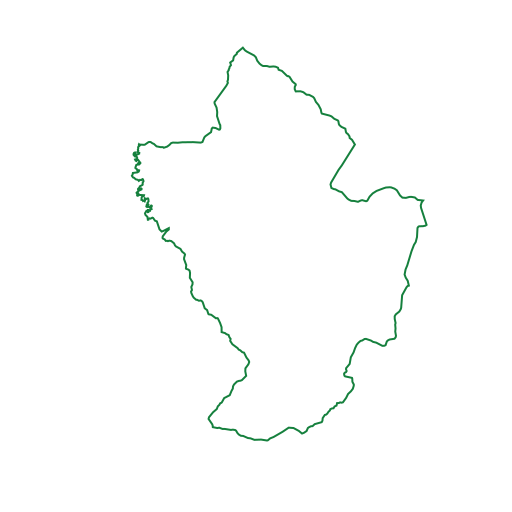 Picota, San Martín, Peru, rotated 41°
{"feature_id": "86281439B32206092239911", "entity_name": "Picota", "entity_type": "district", "adm_level": 2, "iso_a3": "PER", "parent_name": "Peru", "parent_adm1": "San Martín", "projection": "mercator", "projection_center": [-76.326, -6.941], "detail": "fine", "context": "isolated", "style": "outline", "palette": "green", "viewbox_px": 512, "rotation_deg": 41, "n_neighbors": 0, "source": "geoboundaries", "source_scale": "gbopen_adm2", "svg_char_len": 6124}
<svg xmlns="http://www.w3.org/2000/svg" viewBox="0 0 512 512"><g transform="rotate(41 256 256)"><path d="M335.7,413.5L339.7,411.2L340.9,409.7L344.2,408.5L345.9,407.0L351.2,403.7L352.5,402.2L354.5,401.0L355.6,400.9L358.2,401.8L360.2,402.0L362.5,401.6L364.4,400.2L369.3,398.7L371.5,397.2L375.4,395.8L380.3,391.2L385.4,388.0L385.9,387.2L386.3,384.4L388.0,381.1L391.4,371.2L393.3,364.1L397.2,361.2L403.1,359.9L407.2,359.8L408.2,357.9L409.0,354.9L408.0,351.8L408.3,350.5L409.2,348.4L410.3,347.3L410.6,344.4L414.6,338.3L414.2,336.7L412.7,334.6L412.2,330.8L413.0,329.7L413.2,328.2L412.9,326.0L413.1,324.1L412.6,322.8L413.4,321.1L414.4,320.1L414.0,318.0L414.9,316.1L413.7,313.8L415.0,312.6L415.5,311.3L416.8,310.6L417.6,309.4L417.1,303.9L416.0,299.7L416.4,295.9L416.2,292.7L414.9,289.8L414.1,288.8L411.3,287.7L409.2,285.5L408.4,285.0L402.2,288.4L401.2,288.3L399.8,287.2L399.5,285.9L400.1,284.7L400.0,283.7L399.8,283.3L398.2,282.4L397.6,281.5L397.5,276.0L394.0,270.2L392.9,264.8L391.2,260.5L390.2,256.8L390.2,254.1L390.6,251.5L391.6,250.1L392.4,247.4L393.4,246.4L398.2,244.4L400.7,244.0L403.6,242.5L410.3,240.9L411.7,239.6L412.3,238.3L410.8,234.7L410.9,233.2L411.6,231.4L414.8,227.6L414.7,225.7L414.0,224.4L410.7,221.7L408.8,219.1L406.1,216.5L405.3,215.0L402.0,212.5L400.2,210.5L399.8,208.4L400.6,203.9L400.1,201.1L399.5,199.8L392.0,189.7L390.1,180.8L390.1,179.2L390.8,178.1L386.8,175.2L383.2,174.1L380.3,172.5L377.7,168.0L376.3,163.8L370.3,150.5L367.9,143.9L367.4,140.7L365.1,136.1L359.5,128.9L359.3,127.4L359.6,126.6L362.6,123.8L364.0,121.9L364.3,120.6L349.0,111.4L347.2,109.8L345.9,107.0L345.7,104.5L341.2,107.6L337.5,107.6L334.4,109.5L333.0,110.8L331.0,113.8L328.2,115.9L325.0,115.8L319.2,114.0L316.4,114.3L312.9,115.6L311.6,116.6L309.1,119.1L307.9,121.1L304.3,127.8L303.0,132.2L302.8,136.7L303.7,141.1L303.5,142.0L302.9,142.6L299.5,144.2L298.6,145.5L297.4,148.2L294.2,149.9L291.7,151.9L288.9,152.6L287.2,152.7L278.9,151.5L276.3,152.7L272.2,153.6L270.9,154.4L268.3,155.2L265.3,153.1L264.5,151.3L261.8,136.8L261.3,131.2L257.5,107.0L252.2,105.3L249.3,105.5L248.1,104.4L245.6,103.7L243.6,103.8L242.5,103.4L239.9,101.3L235.8,102.5L233.1,102.5L231.9,102.0L229.7,100.2L228.8,100.0L225.1,101.1L221.4,101.1L219.3,101.8L212.3,105.3L211.4,105.0L208.6,102.8L204.0,101.0L200.1,100.4L196.4,98.7L194.7,98.5L190.4,99.5L188.3,101.1L184.4,101.3L183.3,101.7L181.4,102.6L178.0,105.7L175.8,104.7L174.9,103.7L174.2,102.7L173.8,100.8L173.2,100.3L169.1,100.4L163.8,98.8L162.4,99.0L161.8,99.6L160.9,99.7L154.1,99.3L150.9,100.6L149.1,99.5L146.6,100.3L144.8,101.5L142.1,104.3L139.7,105.4L136.6,108.0L135.0,108.4L132.5,108.5L128.8,107.8L125.5,106.1L123.0,105.9L114.8,107.8L112.7,108.0L109.4,107.4L108.2,115.1L108.9,116.0L108.5,119.5L108.8,120.7L110.4,123.4L109.6,126.9L111.9,128.4L112.0,130.6L112.8,131.9L113.0,133.1L113.5,133.6L113.8,135.8L116.5,137.9L119.2,141.3L119.9,143.0L121.2,143.8L121.9,146.9L123.7,167.1L124.8,168.1L128.9,169.9L132.3,172.8L134.8,176.0L141.8,180.2L143.2,180.7L145.3,183.0L145.7,184.2L145.3,184.9L141.6,185.9L139.1,187.5L139.0,188.8L140.8,192.0L139.2,198.8L139.2,200.4L140.8,205.1L139.9,206.7L134.0,211.2L125.7,218.6L122.7,221.8L118.8,225.0L117.9,226.5L117.8,228.9L117.2,231.7L115.4,234.8L114.3,234.9L112.5,236.5L109.0,238.5L105.4,238.4L103.9,238.9L101.8,239.1L101.1,239.5L100.2,240.5L99.1,244.8L98.6,245.5L94.9,248.4L94.4,248.4L94.7,249.1L95.8,249.1L95.6,251.2L96.6,252.1L97.1,253.3L98.1,253.8L98.2,255.1L99.1,255.3L100.2,254.7L100.7,255.4L99.3,258.5L98.5,258.4L97.4,257.1L96.8,257.1L96.3,258.1L96.7,259.4L97.3,260.0L99.4,260.3L100.7,259.5L101.4,259.5L102.2,260.1L102.4,260.9L101.4,262.5L102.6,263.0L103.4,262.8L103.3,261.3L104.0,260.8L106.2,261.3L106.5,262.2L106.2,263.4L106.5,263.5L107.4,263.2L107.1,261.8L107.5,261.5L107.8,261.7L107.8,263.5L105.9,265.7L106.9,268.3L107.4,268.8L109.1,268.6L110.3,269.3L110.7,269.1L111.2,268.1L111.6,268.0L112.1,269.1L111.7,270.6L108.6,274.1L109.5,275.6L109.7,276.9L111.6,277.4L112.6,277.0L115.0,277.0L116.9,276.0L118.3,276.2L118.5,274.6L119.6,274.1L119.8,272.5L120.4,272.3L122.0,273.3L122.5,275.3L123.4,276.1L123.7,276.8L122.6,279.7L123.1,280.7L123.0,281.8L124.5,281.3L125.1,280.3L125.7,280.4L125.9,280.9L125.2,282.5L123.6,282.8L123.4,283.2L124.9,284.4L124.4,285.7L124.4,286.7L125.1,287.0L126.0,286.1L126.5,286.2L126.3,287.8L126.6,288.3L127.3,288.1L127.8,286.5L131.6,283.6L131.9,284.2L131.1,285.2L131.2,286.7L132.7,288.8L133.8,288.2L134.7,288.6L135.2,287.6L136.1,287.7L135.8,286.8L134.2,285.4L135.8,285.0L136.2,283.9L136.7,283.4L137.5,283.7L139.1,285.3L139.3,287.3L141.2,287.9L141.1,288.3L140.0,289.1L140.8,290.6L141.6,290.5L142.7,289.3L143.8,289.1L143.7,286.8L144.0,286.5L144.6,286.6L145.2,288.4L146.4,289.1L145.7,290.2L146.4,291.4L145.9,291.9L144.7,291.8L144.3,292.1L145.9,293.5L145.6,293.9L144.4,293.5L143.7,293.8L144.2,296.6L145.6,297.5L148.4,297.7L150.6,299.6L151.0,299.2L150.6,298.3L150.8,297.6L151.9,297.0L152.6,295.1L153.4,294.8L156.6,295.6L158.4,294.9L165.7,299.2L168.8,299.4L169.8,297.5L171.9,292.2L172.8,293.2L172.3,296.4L172.7,302.3L173.6,303.7L174.4,303.9L176.2,303.4L178.0,303.8L179.0,302.8L179.8,302.6L180.5,301.3L182.3,300.3L185.9,300.2L187.8,301.1L189.3,301.3L194.3,300.2L197.3,301.2L200.5,301.1L201.5,301.5L202.9,304.5L203.8,305.6L209.3,308.6L211.2,311.3L211.6,311.5L214.0,310.6L215.4,310.6L217.3,312.0L220.4,315.9L225.4,317.4L226.7,319.1L227.5,321.8L230.0,323.7L230.3,325.4L231.4,326.3L234.6,327.8L236.3,328.3L239.6,328.3L240.3,327.7L242.3,327.2L243.4,325.8L245.0,325.6L246.2,325.9L251.6,329.1L254.6,328.9L258.1,331.0L258.6,331.0L260.8,329.7L266.6,329.3L267.5,328.3L268.1,328.1L272.8,330.1L276.7,332.3L280.0,336.0L283.2,334.5L285.0,334.4L287.1,333.6L289.3,334.8L291.2,335.2L292.2,337.0L296.1,338.1L302.6,337.6L304.4,338.0L306.0,337.5L308.7,337.6L310.4,336.8L315.4,338.9L318.8,339.6L320.1,340.2L320.5,340.6L321.3,342.8L321.7,347.7L323.6,350.1L327.2,352.9L326.8,358.9L326.1,360.3L325.1,361.4L324.0,363.3L323.7,367.4L324.2,369.5L325.5,371.3L326.0,373.8L327.5,378.3L325.2,384.1L326.2,388.7L326.2,389.5L325.6,390.6L326.0,392.5L325.8,394.5L326.8,397.2L326.1,402.1L326.3,408.5L327.1,410.1L333.3,411.7L334.4,412.3L335.7,413.5Z" fill="none" stroke="#15803d" stroke-width="2"/></g></svg>